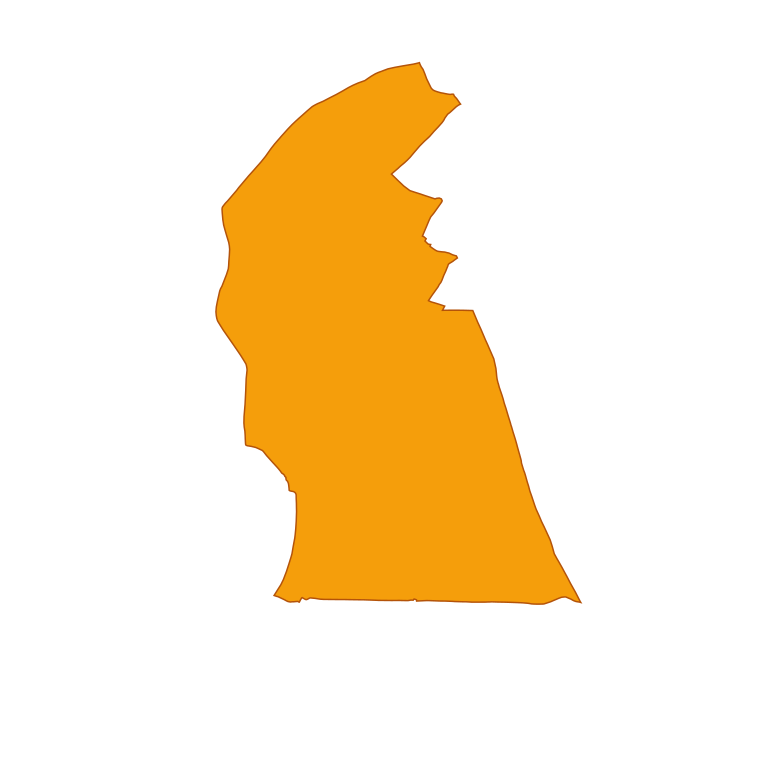 Thanh Binh, Ðong Tháp, Vietnam (Albers equal-area conic projection), rotated 64°
{"feature_id": "81297802B14212334557839", "entity_name": "Thanh Binh", "entity_type": "district", "adm_level": 2, "iso_a3": "VNM", "parent_name": "Vietnam", "parent_adm1": "Ðong Tháp", "projection": "albers", "projection_center": [105.482, 10.61], "detail": "fine", "context": "isolated", "style": "filled", "palette": "amber", "viewbox_px": 768, "rotation_deg": 64, "n_neighbors": 0, "source": "geoboundaries", "source_scale": "gbopen_adm2", "svg_char_len": 5834}
<svg xmlns="http://www.w3.org/2000/svg" viewBox="0 0 768 768"><g transform="rotate(64 384 384)"><path d="M525.9,575.5L527.7,573.7L528.7,572.5L531.7,570.1L534.2,568.1L536.2,566.7L537.5,565.6L538.6,564.1L539.0,563.5L539.4,562.2L540.2,560.5L541.4,557.3L541.8,556.7L542.1,556.4L542.8,556.0L542.9,555.9L542.9,555.7L542.6,555.3L541.2,553.4L540.3,551.9L540.1,551.5L540.1,551.2L541.0,550.6L543.0,549.2L543.5,548.7L543.8,548.1L543.9,547.5L543.9,546.7L543.8,545.4L543.8,544.7L543.9,544.2L544.2,543.6L546.4,540.0L549.4,535.7L551.1,532.7L555.1,524.7L557.7,519.5L560.5,513.8L562.4,510.1L567.3,500.4L569.2,496.6L572.6,490.2L574.9,485.9L576.0,483.9L578.7,478.5L582.2,471.5L582.7,470.4L585.5,464.6L586.2,463.3L589.2,457.4L590.0,454.6L591.1,452.5L590.5,451.5L590.5,451.3L590.7,450.9L591.9,449.7L592.3,449.4L592.6,449.4L593.4,449.8L597.3,440.7L598.4,438.5L603.6,428.8L605.9,424.2L609.4,417.7L609.8,417.0L610.3,416.2L614.3,408.6L615.9,405.4L618.6,400.6L622.0,393.6L624.5,388.4L625.9,385.2L626.0,385.1L626.9,382.9L629.7,377.6L632.8,371.5L634.9,367.5L635.9,365.6L638.9,360.0L641.3,355.6L642.9,352.9L643.9,351.2L644.7,350.0L646.3,347.8L647.5,345.7L649.0,342.8L650.8,339.0L651.6,337.2L651.8,336.6L652.2,333.9L652.8,329.5L652.9,326.6L653.1,323.2L653.2,320.9L653.4,319.1L653.5,318.0L653.9,316.8L654.7,314.7L654.9,314.3L655.3,313.8L656.3,312.9L658.4,311.1L659.3,310.3L660.8,309.3L661.9,308.5L662.4,308.0L663.2,307.3L664.2,306.1L665.7,303.9L666.6,302.9L665.4,303.0L660.8,303.1L655.6,303.2L648.4,303.6L645.0,303.8L637.3,304.0L630.8,304.3L627.6,304.4L621.2,304.8L617.2,305.1L611.2,305.4L603.8,304.0L597.0,303.0L583.1,302.7L576.5,302.7L571.4,302.4L564.5,302.2L563.8,302.2L561.5,302.0L558.9,301.7L550.0,300.5L544.0,299.8L539.0,298.8L534.9,298.2L527.9,296.9L525.3,296.5L522.8,296.3L515.3,295.1L513.4,294.4L511.8,294.0L507.0,293.1L506.5,293.0L505.2,292.8L498.7,291.6L496.8,291.2L491.2,290.2L486.6,289.5L483.8,289.1L480.5,288.5L478.2,288.1L477.2,288.0L476.4,287.9L474.6,287.5L468.6,286.6L466.7,286.3L463.1,285.7L459.5,285.1L455.8,284.6L453.7,284.3L449.8,283.5L445.9,282.9L441.0,282.3L439.6,282.1L437.8,281.9L433.7,281.1L432.6,281.0L431.4,280.7L429.5,280.3L427.9,279.8L426.1,279.2L423.5,278.2L421.8,277.6L419.1,276.6L411.2,274.7L410.4,274.5L409.7,274.3L398.0,273.8L393.7,273.6L389.0,273.5L383.4,273.2L377.5,272.9L369.4,272.7L356.9,272.0L352.0,281.4L347.9,289.7L343.4,299.1L340.6,295.3L336.4,299.6L333.6,302.6L331.0,305.5L328.6,307.5L328.2,306.9L325.4,302.1L320.7,293.4L320.3,292.7L318.8,290.7L317.6,288.3L316.0,286.3L312.6,282.7L309.6,279.0L307.3,276.5L306.3,275.3L305.0,274.1L304.7,273.6L304.4,273.1L304.3,272.3L303.9,268.2L303.6,267.1L303.2,264.6L302.9,262.8L300.6,262.8L299.2,264.4L297.7,265.9L294.8,268.2L293.7,269.6L292.0,271.6L290.6,274.0L288.7,276.9L288.0,277.8L286.6,278.9L284.1,280.4L282.0,281.5L280.8,282.2L280.6,282.3L280.4,282.3L279.1,280.9L278.1,282.4L277.6,282.9L277.1,283.2L275.4,283.8L273.4,284.5L271.9,282.4L268.9,283.7L267.9,284.6L267.0,283.6L263.7,279.8L261.1,276.8L256.7,271.8L254.7,269.3L254.1,268.4L252.3,264.4L245.9,252.6L244.9,251.4L242.8,251.3L241.1,252.8L240.2,255.2L240.0,257.0L232.3,264.9L229.0,268.2L225.3,272.1L221.6,275.9L219.9,276.8L214.6,279.5L207.1,282.3L198.6,285.3L198.1,283.6L197.4,280.9L196.3,276.7L195.5,274.2L194.0,268.2L193.0,264.9L191.6,261.0L189.1,255.4L185.7,247.5L183.6,241.5L181.5,234.5L178.9,228.4L176.7,222.5L174.6,217.4L173.3,214.9L171.6,212.6L169.4,208.5L168.9,205.9L168.6,204.8L167.6,201.4L166.4,197.3L166.0,194.7L166.0,192.5L164.7,192.8L163.8,192.9L161.2,193.3L159.9,193.5L158.8,193.7L157.8,194.1L155.8,194.6L154.1,194.5L153.7,195.0L153.1,196.4L153.0,196.9L152.6,197.8L151.4,199.6L149.6,202.0L148.5,203.4L147.3,205.1L144.8,207.9L143.1,209.6L141.5,210.9L140.2,211.4L139.2,211.8L137.9,211.9L128.6,211.9L122.7,211.3L118.3,211.0L115.0,211.5L112.3,211.5L110.7,211.3L110.6,212.0L110.1,214.3L109.4,217.3L106.3,227.8L104.1,235.6L102.5,242.3L101.5,252.7L101.4,255.8L101.8,260.7L102.3,264.3L102.9,268.1L102.1,275.6L101.9,280.9L102.0,286.1L102.5,292.8L102.9,300.4L102.9,301.7L103.0,307.8L103.2,314.7L102.9,321.0L103.0,324.3L103.2,326.7L103.4,327.7L103.7,328.8L104.8,333.1L106.7,339.8L107.7,343.5L108.9,347.6L110.6,353.0L112.7,358.7L116.3,367.6L120.2,376.8L122.7,382.0L127.5,390.8L130.5,397.2L135.5,409.2L137.5,414.2L143.8,428.5L145.4,431.6L150.9,444.3L151.9,447.1L152.5,448.4L153.6,450.6L153.8,451.0L154.3,451.8L155.0,452.4L156.0,453.0L159.6,454.5L165.9,456.9L168.9,457.8L170.7,458.4L175.9,459.4L181.2,460.3L184.3,460.8L188.7,461.5L191.9,462.4L195.3,463.7L200.9,466.8L205.8,469.7L209.6,471.8L212.3,473.5L216.5,477.5L225.1,486.8L226.7,489.1L228.4,490.9L231.4,493.3L233.9,495.3L236.8,497.6L241.2,500.9L245.4,503.4L249.1,504.8L251.6,505.5L252.2,505.6L254.1,505.9L256.1,505.8L260.9,505.3L265.5,504.8L281.6,502.3L295.2,500.3L301.8,499.6L305.5,499.3L307.2,499.6L309.7,500.3L311.5,501.0L318.9,505.6L329.4,511.2L341.2,517.7L351.8,524.0L357.6,527.0L361.4,528.5L365.4,529.7L369.3,531.3L372.2,532.6L376.4,534.4L377.8,534.9L378.3,534.9L378.7,534.7L379.5,534.0L381.9,530.6L384.8,527.1L386.9,525.3L390.4,522.5L391.2,522.2L392.2,521.9L396.9,520.9L406.4,518.2L410.7,516.9L413.9,516.0L417.0,515.3L419.1,515.0L421.1,513.9L421.7,513.7L421.8,513.7L422.4,513.5L422.7,513.5L422.9,513.6L423.2,513.6L423.4,513.6L423.6,513.6L424.7,513.2L424.9,513.1L425.4,513.3L425.8,513.5L426.1,513.6L426.7,513.8L427.2,513.9L427.6,513.9L428.4,513.6L429.2,513.4L429.9,513.4L430.5,513.4L431.8,513.6L433.4,514.1L435.1,514.7L436.7,515.3L437.8,515.8L438.1,515.8L438.6,515.5L439.2,514.9L440.2,513.6L440.9,512.6L441.6,512.1L442.2,511.7L443.2,511.4L444.2,511.4L445.0,511.5L448.2,513.0L452.8,515.0L456.6,516.8L460.5,518.6L465.2,521.1L468.8,523.0L475.3,526.7L480.2,529.7L483.3,531.7L488.7,535.7L491.0,537.4L494.8,540.1L496.2,541.1L498.9,543.5L504.2,548.5L509.7,553.8L515.7,560.2L519.2,564.7L521.9,569.1L525.9,575.5Z" fill="#f59e0b" stroke="#b45309" stroke-width="1.5"/></g></svg>